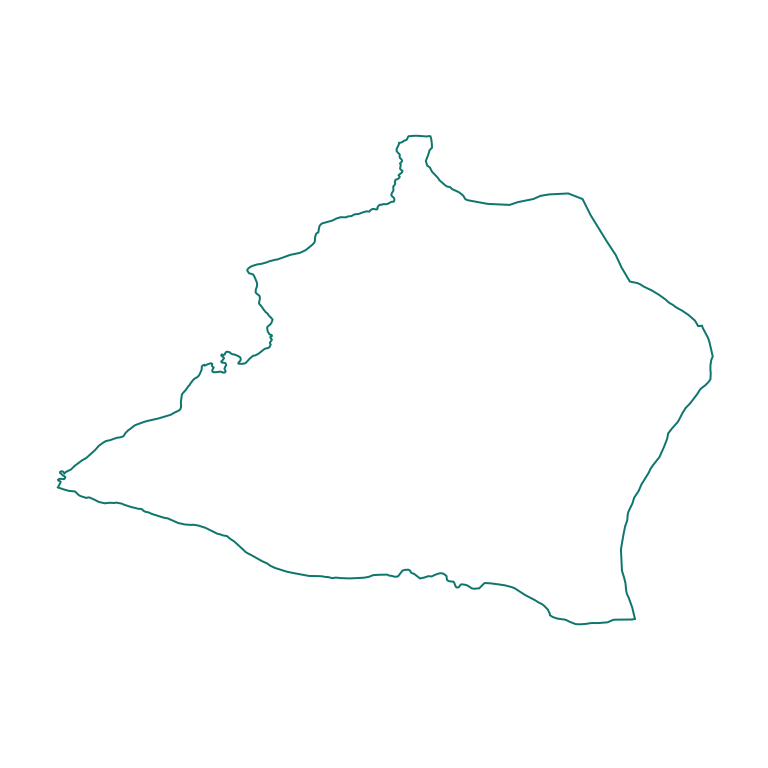 outline of Segeneity, Debub, Eritrea, rotated 268°
{"feature_id": "51966322B33057648537634", "entity_name": "Segeneity", "entity_type": "district", "adm_level": 2, "iso_a3": "ERI", "parent_name": "Eritrea", "parent_adm1": "Debub", "projection": "robinson", "projection_center": [39.223, 15.059], "detail": "fine", "context": "isolated", "style": "outline", "palette": "teal", "viewbox_px": 768, "rotation_deg": 268, "n_neighbors": 0, "source": "geoboundaries", "source_scale": "gbopen_adm2", "svg_char_len": 6129}
<svg xmlns="http://www.w3.org/2000/svg" viewBox="0 0 768 768"><g transform="rotate(268 384 384)"><path d="M629.9,439.1L630.2,437.9L629.9,435.0L630.9,426.1L631.0,423.2L630.8,417.5L630.4,416.8L627.4,415.3L626.8,413.9L626.4,412.4L625.4,411.2L624.7,409.6L624.5,407.5L623.0,407.2L618.2,404.7L616.4,404.8L614.9,405.8L612.9,407.7L610.2,407.6L609.2,407.9L608.3,409.0L607.1,409.7L606.3,409.8L605.3,409.3L603.8,407.7L602.5,408.4L598.7,407.6L597.7,408.2L596.4,409.8L595.6,409.8L594.8,409.3L592.2,405.9L590.5,406.9L589.5,406.4L588.3,404.8L587.7,402.7L585.9,401.9L584.1,402.2L582.7,401.6L580.9,400.1L577.5,400.2L576.7,400.0L574.2,398.3L572.6,397.9L571.5,398.5L569.4,400.6L567.5,400.8L565.9,400.1L565.8,398.0L565.4,396.9L564.1,394.5L563.6,392.6L563.8,389.6L563.2,388.0L563.4,387.1L563.1,385.6L561.5,384.1L560.6,383.6L559.7,383.7L558.8,383.1L558.7,382.2L559.3,379.9L559.3,378.8L558.5,377.0L556.8,375.3L557.2,372.7L556.3,369.0L554.8,364.5L554.6,360.9L554.3,359.8L552.9,357.2L552.8,354.0L551.9,352.1L552.2,346.5L551.1,342.4L549.2,338.3L546.6,327.5L544.9,325.6L543.7,324.9L537.8,323.6L536.7,321.6L535.4,321.0L533.3,320.3L529.4,320.0L527.5,319.1L525.8,317.4L520.5,310.4L518.0,304.5L516.3,294.7L512.2,282.0L511.9,279.3L510.5,273.0L509.8,271.6L508.4,265.8L507.9,261.3L506.4,256.0L505.4,254.0L504.0,252.2L502.6,251.3L501.6,251.6L499.4,253.0L498.1,256.9L496.6,257.9L494.2,258.9L489.8,260.5L488.1,260.7L485.9,260.4L482.9,259.2L480.1,258.9L479.0,259.6L476.6,262.5L475.8,262.8L474.4,263.0L473.1,262.8L469.3,261.9L468.3,262.2L465.8,264.3L462.3,266.5L459.8,268.4L458.3,270.2L456.9,270.9L453.3,274.2L452.2,274.9L448.9,273.6L447.4,272.3L445.4,269.6L444.2,269.2L440.4,269.6L439.2,270.5L437.6,271.2L437.0,273.2L436.0,273.7L434.8,272.0L433.5,272.4L433.1,273.1L431.9,273.4L429.4,271.5L428.1,271.7L427.3,272.1L425.3,271.1L424.3,270.2L423.3,266.0L418.5,259.4L417.2,256.7L416.7,254.0L414.2,250.8L410.0,246.7L409.5,245.8L409.1,243.3L409.2,240.3L409.6,239.2L410.5,239.4L412.4,241.3L413.4,241.7L415.3,241.4L416.1,240.7L417.3,238.7L418.7,235.4L419.1,233.4L419.8,232.2L421.3,230.5L421.7,228.4L421.6,227.5L420.2,226.3L419.0,225.8L418.7,224.9L419.1,222.8L418.1,222.4L417.1,223.4L416.6,224.3L415.4,225.0L413.4,223.5L412.2,222.2L411.2,222.5L410.6,225.6L410.0,226.5L409.0,226.8L408.2,226.9L406.5,225.7L404.6,225.1L402.5,226.1L401.6,225.9L401.1,225.4L401.0,223.5L401.5,222.7L402.1,220.9L401.6,216.0L401.9,213.6L402.5,213.0L403.5,212.8L404.5,213.1L405.6,214.0L406.5,214.3L407.6,213.0L408.3,212.7L410.1,213.0L410.8,211.7L410.2,209.4L408.7,205.6L409.4,205.2L408.7,203.1L407.6,202.5L404.9,202.3L400.5,200.3L398.8,199.2L397.3,197.6L396.3,195.4L394.9,193.6L391.7,190.9L389.7,189.6L388.7,188.5L384.9,185.6L381.5,182.3L380.4,181.6L373.2,180.4L368.2,180.4L365.7,179.4L364.5,177.8L362.6,173.3L361.0,170.5L360.3,168.3L357.3,156.8L355.4,146.6L354.4,142.6L351.9,134.9L351.1,133.0L348.1,129.0L346.7,126.8L344.5,124.4L343.2,123.3L341.2,122.1L340.7,121.3L339.8,118.1L339.7,115.6L337.4,108.1L336.7,104.1L335.4,101.7L332.3,96.9L328.2,93.1L320.8,84.3L319.9,82.9L318.4,79.8L316.8,77.5L312.9,71.9L309.5,68.2L307.2,63.0L305.8,61.5L307.6,60.2L307.9,59.5L308.0,58.1L307.5,57.3L306.6,57.1L304.1,59.7L302.2,62.2L300.9,61.8L300.1,60.8L300.6,56.9L300.5,56.1L299.6,54.9L298.8,55.3L298.5,56.3L297.7,57.3L296.9,57.3L292.0,54.5L290.0,59.8L288.2,65.3L287.4,71.4L283.4,75.3L282.5,77.0L280.5,82.6L281.0,84.3L280.9,85.6L278.8,90.0L276.1,94.8L274.5,100.8L274.9,105.4L274.5,110.3L274.8,112.2L273.6,117.7L272.2,120.6L270.0,126.7L267.8,134.4L267.6,136.7L267.2,137.9L265.7,139.2L264.7,140.9L263.7,144.8L262.5,146.8L259.1,156.3L257.8,160.2L257.3,163.1L252.2,173.6L250.5,180.4L249.9,186.4L250.0,188.4L249.6,190.8L249.0,193.5L246.6,200.3L240.1,212.4L239.5,214.9L238.3,217.8L237.5,221.7L234.4,225.2L231.8,228.9L222.4,238.5L221.3,239.3L219.2,242.5L218.1,244.6L211.1,256.1L208.7,261.1L206.4,263.9L204.0,268.6L200.0,279.8L198.5,285.6L194.8,302.3L194.2,313.2L193.8,316.2L193.2,318.6L193.1,321.0L191.9,325.2L191.8,326.7L192.2,328.2L192.1,330.4L191.6,333.1L190.9,342.9L191.1,357.4L191.9,362.5L193.1,365.6L193.4,367.2L193.5,372.6L193.4,380.4L192.5,382.0L191.9,385.2L191.0,387.9L191.1,390.9L191.8,391.8L196.7,395.8L197.3,397.2L197.6,400.1L197.5,402.0L196.7,403.4L196.0,403.9L195.0,404.1L194.0,405.3L193.2,407.4L192.6,408.2L188.4,413.2L189.1,417.1L190.4,421.6L190.0,425.0L190.7,426.4L191.9,429.5L192.8,432.6L192.9,434.3L192.5,436.5L190.6,439.1L189.7,439.8L187.4,439.9L186.3,440.1L185.6,440.5L184.6,442.2L184.0,446.4L183.2,447.1L178.8,448.7L178.1,449.8L178.0,450.7L178.5,451.8L180.8,453.6L181.1,454.7L180.5,458.2L179.7,460.4L176.7,464.7L176.2,467.0L176.5,472.0L181.4,477.3L181.5,478.8L181.0,484.0L179.4,493.4L178.5,498.1L176.5,504.7L175.2,507.6L168.0,517.9L162.9,527.0L160.6,530.4L158.4,534.3L157.1,536.0L152.9,539.8L148.9,541.6L147.3,541.7L146.6,542.5L145.2,544.6L143.5,549.1L142.2,556.6L141.6,558.2L140.0,561.0L137.4,567.0L137.1,569.4L137.0,571.9L137.2,577.2L137.9,583.2L137.6,589.4L138.0,599.1L140.3,604.9L140.4,607.1L140.0,623.3L140.4,626.6L151.5,624.4L162.2,621.0L165.2,619.6L169.0,618.8L176.3,618.4L182.5,617.1L189.0,615.3L210.4,615.0L224.9,618.0L233.3,620.0L239.2,622.3L245.0,623.0L247.8,623.8L256.2,628.2L261.6,630.0L268.1,634.7L274.7,637.8L286.3,645.6L289.5,647.1L293.6,650.1L301.3,656.7L311.3,661.6L319.4,665.1L324.6,666.2L329.8,670.5L335.3,675.8L337.7,677.5L345.0,681.5L347.4,683.3L349.1,684.2L354.2,689.5L362.9,696.6L367.5,699.7L368.9,701.3L371.6,705.2L374.8,708.5L377.4,710.4L383.4,710.9L386.8,710.7L391.4,710.9L396.6,711.9L400.0,713.5L414.6,710.7L418.9,709.4L428.9,704.5L431.1,703.9L430.9,700.0L436.5,697.0L442.7,690.3L446.8,684.6L450.3,678.8L453.0,675.4L454.7,672.7L456.0,670.9L458.4,668.6L463.5,662.0L468.2,654.8L472.2,647.1L474.3,644.2L476.0,640.8L477.8,633.3L492.1,625.5L504.8,620.1L518.6,611.7L545.5,596.4L561.9,588.9L568.0,574.8L567.7,555.7L566.6,547.0L563.7,539.9L561.1,524.1L558.6,515.8L560.4,493.8L564.7,474.3L565.8,471.8L569.5,469.7L572.4,466.4L573.5,464.7L576.4,458.9L578.5,456.8L579.3,453.5L581.1,451.4L585.8,446.4L588.0,445.2L594.5,439.4L598.9,437.3L600.7,434.8L605.4,433.6L612.3,436.5L616.0,437.7L618.5,440.2L622.5,440.2L626.8,439.8L629.9,439.1Z" fill="none" stroke="#0f766e" stroke-width="2"/></g></svg>